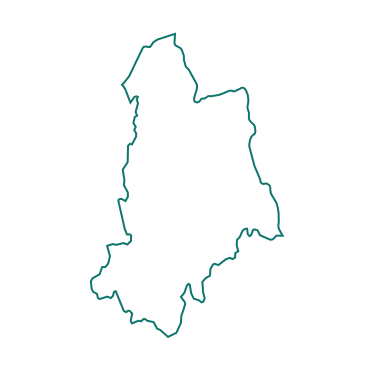 the border of Scottish Borders, rotated 288°
{"feature_id": "GBR-2026", "entity_name": "Scottish Borders", "entity_type": "Unitary District", "adm_level": 1, "iso_a3": "GBR", "parent_name": "United Kingdom", "parent_adm1": "", "projection": "equal_earth", "projection_center": [-2.709, 55.532], "detail": "fine", "context": "isolated", "style": "outline", "palette": "teal", "viewbox_px": 384, "rotation_deg": 288, "n_neighbors": 0, "source": "natural_earth", "source_scale": "10m", "svg_char_len": 3004}
<svg xmlns="http://www.w3.org/2000/svg" viewBox="0 0 384 384"><g transform="rotate(288 192 192)"><path d="M337.2,127.0L328.6,129.2L327.5,129.7L326.6,130.5L326.0,132.4L325.4,136.0L324.9,137.1L324.0,138.4L319.3,142.0L318.4,142.4L315.3,143.4L314.3,144.0L312.3,145.5L310.5,146.5L309.6,147.2L308.8,148.1L308.0,150.0L307.0,151.5L296.6,162.6L295.2,163.7L293.3,164.4L290.5,164.8L282.9,164.9L280.6,165.4L279.6,165.9L278.8,166.5L278.7,167.7L278.7,168.7L279.0,169.6L279.5,170.3L280.1,170.9L283.2,172.1L284.0,172.6L284.3,173.5L284.4,174.4L284.9,175.1L285.5,175.8L287.8,177.4L288.3,178.1L288.6,178.9L288.8,179.8L289.4,181.4L292.6,187.5L295.8,191.7L298.3,194.3L300.3,197.1L300.5,197.9L300.6,198.6L300.6,199.1L300.5,199.4L300.5,200.1L300.7,200.8L301.1,201.6L305.4,206.1L306.1,206.6L306.6,207.4L306.9,208.2L306.9,209.1L306.6,210.1L305.8,211.3L303.9,213.2L301.4,215.1L297.4,217.0L295.2,217.7L289.7,218.5L287.2,220.0L285.2,221.6L279.5,223.4L278.3,224.2L277.0,226.1L276.3,227.3L275.5,229.4L274.5,230.7L273.0,231.9L269.1,233.6L267.5,233.7L266.3,233.4L265.6,232.8L263.8,231.8L262.7,231.4L260.0,231.1L255.2,231.7L253.1,232.4L236.0,243.4L225.6,252.5L223.0,254.0L222.2,254.8L221.7,255.7L221.7,257.4L222.2,258.4L222.7,259.2L223.0,259.8L223.1,260.3L223.0,261.2L222.4,263.2L221.8,264.1L220.6,265.0L218.2,265.8L214.8,267.6L210.3,272.8L207.9,275.5L203.7,278.4L198.4,281.0L189.9,283.9L186.5,284.5L183.8,286.0L178.4,291.7L176.6,285.8L172.0,283.5L170.8,281.3L171.9,270.1L175.8,266.2L175.8,263.2L174.8,261.8L169.1,261.5L167.8,260.3L169.2,258.0L174.1,255.8L173.0,253.4L170.6,252.0L164.2,251.4L160.2,249.6L154.9,251.1L150.0,254.3L147.3,252.1L142.9,253.2L140.7,251.3L141.1,248.4L138.6,245.1L130.7,239.7L130.7,235.7L129.5,234.4L124.5,233.3L118.0,235.0L114.6,231.8L109.7,229.6L99.6,233.8L94.7,237.0L91.1,236.6L90.0,235.1L91.1,232.2L91.2,226.6L95.2,222.7L103.2,218.5L103.5,216.9L101.1,216.1L93.8,215.9L88.8,213.9L85.0,219.2L83.2,220.2L70.6,220.2L64.2,221.9L53.3,220.7L46.8,214.0L51.0,204.3L51.2,201.1L56.4,195.7L55.7,189.2L56.7,186.7L56.1,185.0L53.3,183.6L53.0,180.8L48.5,175.5L50.5,173.5L57.9,172.7L59.7,169.4L59.2,167.7L57.4,166.7L57.7,164.0L74.1,150.1L73.0,148.7L68.7,148.9L66.1,147.6L66.3,143.8L61.8,137.4L62.0,135.4L65.8,133.0L66.5,128.9L68.9,126.5L74.1,124.2L75.7,123.4L79.3,124.1L80.8,125.5L85.2,129.6L92.8,129.7L93.9,132.8L98.1,134.4L105.7,133.8L114.5,127.9L118.0,132.7L118.3,136.3L122.3,142.7L122.0,146.6L126.6,149.1L131.9,147.5L132.5,145.8L131.5,143.4L135.7,139.7L160.8,124.7L162.4,124.8L163.7,127.0L162.8,131.5L167.7,132.5L171.7,131.1L177.5,125.1L182.1,124.2L184.2,123.1L191.9,119.2L200.5,121.6L216.1,116.9L218.7,118.2L218.8,120.3L227.5,121.7L230.5,120.8L233.1,117.9L236.6,118.4L239.4,115.0L245.6,114.4L247.7,116.2L250.6,113.7L259.8,113.2L262.8,110.8L265.6,111.2L265.9,110.1L264.8,107.9L258.0,105.8L269.0,96.9L271.4,94.0L271.5,93.8L272.4,92.3L274.2,93.3L282.5,96.4L313.4,100.6L315.1,101.2L316.1,103.1L316.4,105.3L316.8,107.1L318.3,107.8L322.5,109.0L326.2,111.9L337.2,127.0Z" fill="none" stroke="#0f766e" stroke-width="2"/></g></svg>